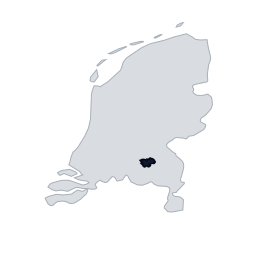 Meierijstad, Noord-Brabant, Netherlands shown in context, rotated 348°
{"feature_id": "6326949B86116845039505", "entity_name": "Meierijstad", "entity_type": "district", "adm_level": 2, "iso_a3": "NLD", "parent_name": "Netherlands", "parent_adm1": "Noord-Brabant", "projection": "natural_earth1", "projection_center": [5.498, 51.588], "detail": "fine", "context": "in_parent", "style": "filled", "palette": "ink", "viewbox_px": 256, "rotation_deg": 348, "n_neighbors": 0, "source": "geoboundaries", "source_scale": "gbopen_adm2", "svg_char_len": 5093}
<svg xmlns="http://www.w3.org/2000/svg" viewBox="0 0 256 256"><g transform="rotate(348 128 128)"><path d="M164.6,219.6L159.5,219.5L154.8,219.4L152.2,219.0L149.5,218.1L148.3,216.1L146.8,213.7L147.2,212.2L151.7,208.0L152.4,206.8L151.9,206.2L152.3,204.3L155.8,198.1L156.2,195.6L154.7,193.8L152.5,192.8L145.3,190.9L141.8,188.3L140.3,186.0L138.7,185.3L136.3,186.1L130.4,187.0L125.5,185.7L119.8,181.4L118.5,177.6L117.8,174.6L116.4,173.6L114.5,175.1L112.0,177.5L107.2,177.8L105.9,177.2L105.6,175.9L105.4,174.6L104.1,173.0L102.6,172.2L96.5,176.6L94.3,176.6L91.4,174.9L90.0,173.2L86.9,174.2L84.1,176.2L85.0,180.1L83.5,180.8L80.0,180.5L76.1,178.9L71.8,177.9L65.2,175.2L55.9,177.4L49.5,174.8L44.2,174.5L40.9,172.5L37.4,169.0L39.9,166.7L42.4,165.9L52.1,165.4L59.2,166.8L71.9,174.4L75.1,174.4L78.6,173.4L76.8,171.3L73.7,170.4L68.9,168.3L65.2,165.5L74.0,164.5L72.8,163.1L71.7,160.5L62.4,151.7L64.0,149.4L66.4,144.3L69.3,140.0L71.7,138.9L75.5,135.9L83.9,127.1L89.3,119.9L93.2,111.4L99.1,88.1L100.8,84.1L103.6,79.7L107.1,80.6L109.5,81.8L118.1,78.5L132.8,69.9L137.2,62.4L141.4,59.0L158.3,52.2L167.6,50.2L181.9,49.7L192.3,48.5L204.8,48.0L209.6,52.2L212.3,55.2L216.8,56.9L223.7,58.1L223.3,64.1L223.5,76.0L223.0,78.1L219.9,83.2L216.7,92.2L215.9,98.2L214.9,99.3L201.8,99.3L199.9,100.3L199.6,101.6L200.3,103.1L200.0,104.6L199.0,105.9L199.6,107.8L201.8,110.1L206.0,111.5L210.5,111.6L212.8,111.3L214.4,112.9L216.1,115.4L216.0,118.5L215.4,122.7L213.3,126.5L207.3,131.0L204.6,132.5L202.0,133.3L200.8,134.5L200.2,136.0L200.4,137.3L204.7,140.9L204.6,141.7L203.4,143.6L201.7,145.3L190.6,149.0L185.9,148.7L183.3,150.5L182.5,150.8L179.6,149.2L173.0,147.3L170.6,147.9L169.2,149.0L165.1,150.2L162.2,152.2L162.2,154.8L167.4,161.5L169.2,162.8L169.3,165.3L171.9,168.4L174.5,172.3L174.8,174.8L174.5,177.3L173.1,180.9L168.6,189.3L168.6,190.9L169.0,192.1L170.5,192.4L171.7,193.0L171.4,194.2L162.9,200.0L161.8,201.0L158.3,200.7L157.7,201.7L158.2,203.3L159.6,204.6L162.6,205.4L165.2,206.8L167.3,209.7L164.6,219.6ZM76.1,178.9L75.4,181.3L73.4,183.9L66.8,187.8L59.8,190.3L56.3,190.0L53.8,188.7L52.5,187.3L48.9,185.9L43.8,185.3L40.6,186.7L38.3,188.1L36.4,187.9L34.9,186.7L33.8,185.0L32.3,179.4L36.1,178.4L44.3,178.0L50.6,180.0L59.0,180.9L65.4,178.2L70.4,180.5L76.1,178.9ZM62.4,156.3L67.3,159.8L68.3,160.9L68.7,162.1L62.5,163.5L55.9,159.2L51.6,160.2L50.0,158.2L49.9,156.9L54.5,155.8L62.4,156.3ZM109.5,71.5L104.5,76.0L101.6,74.8L100.7,73.7L102.2,70.2L109.5,64.4L109.5,71.5ZM131.2,51.5L126.6,52.0L124.5,51.2L135.6,48.6L142.7,47.9L143.9,48.2L131.2,51.5ZM161.0,46.9L151.3,47.9L148.0,47.2L147.4,46.4L150.1,46.0L158.4,45.9L161.0,46.5L161.0,46.9ZM120.5,56.5L111.3,61.1L110.6,60.4L116.5,56.3L120.5,56.5ZM200.7,39.1L196.1,39.3L197.4,37.6L201.7,36.4L204.0,36.4L200.7,39.1ZM180.9,43.6L174.0,45.8L172.4,45.3L172.8,44.7L178.8,43.4L180.9,43.6Z" fill="#d9dde1" stroke="#a8b0b8" stroke-width="1"/><path d="M136.0,169.4L136.3,169.4L136.4,169.5L136.5,169.4L138.1,169.0L138.5,169.0L139.0,168.9L139.2,169.0L139.3,169.4L139.3,169.5L139.5,169.9L139.9,169.8L140.0,169.8L139.9,170.0L140.0,170.2L140.3,170.1L140.5,170.0L140.8,170.2L141.0,170.1L141.4,170.0L141.7,169.6L142.2,169.2L142.1,168.9L141.5,167.9L142.5,167.9L144.0,167.6L145.2,167.8L145.4,167.9L145.5,168.0L145.8,168.1L146.0,168.1L146.3,168.0L146.3,167.9L146.5,167.8L146.5,167.7L146.8,167.5L146.9,167.4L147.0,167.4L147.4,167.2L147.5,167.1L147.6,166.8L147.5,166.7L147.4,166.6L147.4,166.3L147.3,166.2L147.3,165.9L147.2,165.6L147.0,164.8L146.5,164.2L146.3,164.0L146.3,163.9L146.2,163.8L146.1,163.6L145.8,163.4L145.6,163.3L145.5,163.2L145.3,163.1L145.2,163.0L144.9,163.3L144.8,163.1L144.7,163.1L144.3,162.9L144.2,162.8L144.2,162.7L144.1,162.4L143.9,162.3L143.8,162.2L143.6,162.1L143.4,161.9L143.2,162.0L142.0,162.6L141.9,162.6L142.0,162.7L141.9,163.0L141.7,163.0L141.5,162.9L141.4,163.1L141.1,163.1L140.8,163.2L140.7,163.2L140.4,163.0L140.2,163.0L140.1,162.9L140.1,163.0L139.9,163.3L139.7,163.5L139.3,163.3L139.3,163.2L139.2,163.1L138.8,162.9L138.7,162.8L138.5,162.7L138.4,162.6L138.2,162.5L138.1,162.4L136.0,161.7L135.9,161.8L135.9,161.7L135.6,161.6L135.4,161.7L135.5,161.8L135.4,161.8L135.5,161.9L135.4,162.0L135.1,162.0L134.9,162.1L134.6,162.3L134.6,162.2L134.6,162.3L134.4,162.3L134.1,162.2L134.0,162.3L133.9,162.2L133.7,162.2L133.8,162.3L133.7,162.4L133.4,162.5L133.5,162.6L133.8,162.6L134.0,162.7L134.0,162.8L133.9,162.7L133.7,162.7L133.6,162.8L133.4,162.8L133.4,163.0L133.5,163.1L133.8,163.1L134.0,163.2L134.0,163.3L134.2,163.5L134.1,163.9L134.3,163.8L134.3,164.1L134.4,164.3L134.5,164.4L134.4,164.4L134.4,164.5L134.6,164.8L134.4,164.8L134.2,164.9L133.9,165.0L134.1,165.1L134.0,165.4L133.9,165.4L134.1,165.6L134.1,165.8L134.3,165.9L134.2,165.9L133.9,166.0L134.0,166.0L134.3,166.3L134.2,166.3L134.3,166.4L134.5,166.5L134.4,166.7L134.5,166.8L134.6,166.7L134.8,166.8L134.9,166.7L135.0,166.7L135.0,166.8L134.9,166.9L134.9,167.0L135.0,167.0L134.9,167.0L134.8,167.3L134.7,167.4L134.8,167.5L135.1,167.6L135.0,167.9L135.0,168.1L135.1,168.3L135.0,168.5L135.4,168.9L135.5,168.9L135.5,169.0L135.8,169.1L136.0,169.3L135.9,169.3L136.0,169.3L136.0,169.4Z" fill="#0f172a" stroke="#020617" stroke-width="1.5"/></g></svg>